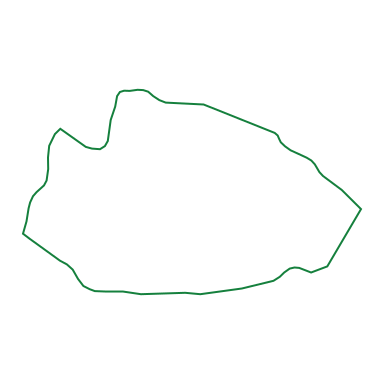 map outline of Tafilah (Albers equal-area conic projection)
{"feature_id": "JOR-852", "entity_name": "Tafilah", "entity_type": "Province", "adm_level": 1, "iso_a3": "JOR", "parent_name": "Jordan", "parent_adm1": "", "projection": "albers", "projection_center": [35.57, 30.801], "detail": "fine", "context": "isolated", "style": "outline", "palette": "green", "viewbox_px": 384, "rotation_deg": 0, "n_neighbors": 0, "source": "natural_earth", "source_scale": "10m", "svg_char_len": 910}
<svg xmlns="http://www.w3.org/2000/svg" viewBox="0 0 384 384"><path d="M23.0,233.7L26.5,221.4L28.6,208.3L30.1,202.5L33.0,196.2L36.5,192.2L44.0,185.4L46.6,180.5L48.2,169.1L48.0,157.5L49.2,145.8L54.9,134.1L60.3,128.8L63.7,131.2L85.8,146.9L92.0,148.6L100.0,149.2L104.9,146.1L107.8,141.0L110.7,120.0L115.2,106.6L117.1,96.1L119.9,92.0L124.1,90.7L129.7,90.9L137.6,89.8L143.2,90.1L148.2,91.7L153.2,96.1L159.3,100.1L165.7,102.6L203.6,104.5L274.7,132.9L277.7,135.5L279.0,138.6L280.8,142.3L285.0,146.3L290.6,150.3L306.7,157.7L311.3,160.5L314.8,164.3L319.4,172.1L323.0,176.0L341.8,190.0L361.0,209.1L327.3,266.4L311.1,272.5L299.2,267.9L294.5,267.5L289.7,268.6L284.2,272.5L279.8,276.8L273.5,280.8L241.9,288.5L200.3,294.2L185.2,292.8L140.9,294.2L122.7,291.5L104.9,291.5L94.8,291.1L89.7,289.2L83.4,286.0L78.0,278.9L72.7,269.6L66.9,264.4L60.0,260.7L29.7,238.8L23.0,233.7Z" fill="none" stroke="#15803d" stroke-width="2"/></svg>